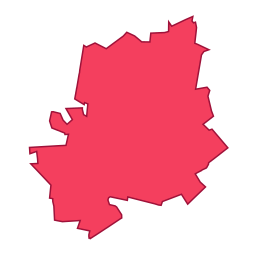 Imuris, Sonora, Mexico (Mercator projection), rotated 88°
{"feature_id": "50627088B72229722954939", "entity_name": "Imuris", "entity_type": "district", "adm_level": 2, "iso_a3": "MEX", "parent_name": "Mexico", "parent_adm1": "Sonora", "projection": "mercator", "projection_center": [-110.696, 30.837], "detail": "fine", "context": "isolated", "style": "filled", "palette": "rose", "viewbox_px": 256, "rotation_deg": 88, "n_neighbors": 0, "source": "geoboundaries", "source_scale": "gbopen_adm2", "svg_char_len": 2368}
<svg xmlns="http://www.w3.org/2000/svg" viewBox="0 0 256 256"><g transform="rotate(88 128 128)"><path d="M18.8,59.3L21.6,66.4L27.8,80.8L23.4,83.6L29.4,83.9L29.7,83.9L33.0,84.1L33.9,88.1L34.0,101.9L42.8,103.1L42.4,111.3L36.3,118.1L35.5,119.6L32.3,125.9L35.9,129.4L48.0,147.0L41.9,158.0L45.6,166.8L43.9,169.3L68.6,174.2L70.9,174.5L71.3,174.6L72.0,174.8L72.7,175.0L86.2,177.8L86.3,177.9L88.8,178.4L89.0,178.4L90.1,178.7L92.2,179.1L92.5,179.2L97.1,180.2L103.1,171.0L101.1,170.5L102.5,167.3L109.3,168.2L114.9,168.9L113.1,171.9L107.7,173.0L106.3,172.9L106.4,189.3L117.7,183.3L122.2,188.8L117.9,192.6L111.1,195.3L109.1,202.3L109.2,203.8L118.2,206.1L125.3,204.1L130.8,191.5L132.3,191.2L132.2,187.7L143.2,190.6L143.3,197.5L144.0,227.1L150.3,226.9L148.2,220.1L155.1,219.5L160.3,219.3L160.4,226.4L163.8,223.4L166.8,220.7L182.4,207.0L195.3,208.8L196.0,205.7L199.0,205.7L203.6,204.8L217.5,204.6L218.3,201.2L219.3,196.8L218.9,183.0L218.8,179.0L226.5,182.0L229.5,169.8L233.2,170.8L235.1,170.9L236.7,170.7L236.5,170.0L237.2,169.6L232.0,160.9L227.3,153.2L226.8,152.3L218.4,138.7L217.8,137.6L217.7,137.4L214.5,137.4L206.6,142.1L205.4,143.6L203.9,149.2L199.2,150.6L197.0,149.8L196.1,148.2L200.3,131.2L196.9,130.6L198.8,124.2L204.7,103.9L206.0,100.2L206.4,97.6L202.7,96.2L196.1,76.9L206.2,71.0L201.0,65.3L199.2,63.3L189.6,52.6L184.6,57.7L176.2,62.4L175.9,61.9L175.7,61.5L175.3,60.7L175.2,60.5L175.1,60.4L175.0,60.2L174.9,60.1L174.8,59.9L174.8,59.7L174.7,59.5L174.5,59.2L174.3,58.8L174.2,58.7L174.1,58.4L174.1,58.2L173.9,57.9L173.8,57.6L173.7,57.5L173.7,57.4L173.5,57.2L173.4,57.0L173.4,56.9L173.3,56.7L173.2,56.6L173.2,56.4L173.2,56.2L173.0,55.9L172.9,55.8L172.8,55.7L172.7,55.6L172.5,55.4L172.4,55.3L172.3,55.2L172.2,55.0L172.2,54.9L172.2,54.7L172.0,54.3L171.9,53.9L171.7,53.5L171.6,53.3L171.3,52.6L171.2,52.3L171.1,52.0L171.0,51.7L170.8,51.5L170.8,51.4L170.7,51.3L170.7,51.2L170.4,50.9L170.2,50.7L169.7,50.4L169.4,50.2L169.2,50.1L168.7,49.9L168.4,49.6L167.8,49.3L167.5,49.1L167.4,49.0L167.2,48.9L166.9,48.8L166.5,48.8L166.4,48.8L166.2,48.7L165.9,48.7L165.7,48.7L165.4,48.5L161.3,42.7L151.3,28.9L132.1,44.1L133.0,47.0L126.9,52.9L119.2,42.2L118.6,42.4L117.9,42.6L113.8,44.0L99.0,47.0L93.3,45.0L90.0,47.6L91.6,59.1L57.5,52.0L54.2,49.5L52.6,44.4L46.9,55.4L45.6,58.3L35.7,56.8L30.0,56.0L24.6,56.9L25.2,58.8L23.3,60.3L18.8,59.3Z" fill="#f43f5e" stroke="#9f1239" stroke-width="1.5"/></g></svg>